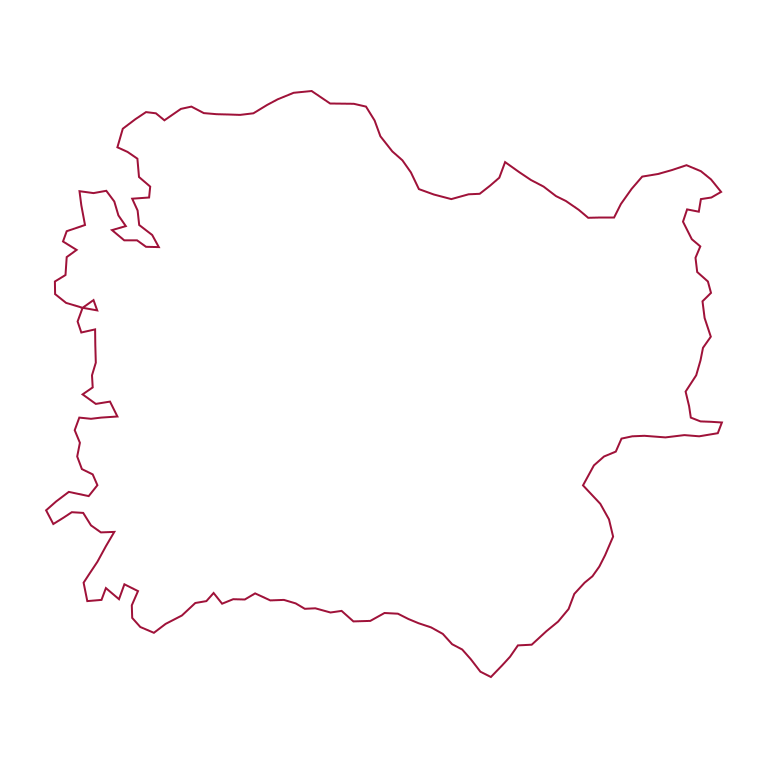 the district of Dois Irmãos das Missões, Rio Grande do Sul, Brazil
{"feature_id": "56859067B898462475096", "entity_name": "Dois Irmãos das Missões", "entity_type": "district", "adm_level": 2, "iso_a3": "BRA", "parent_name": "Brazil", "parent_adm1": "Rio Grande do Sul", "projection": "mercator", "projection_center": [-53.505, -27.678], "detail": "fine", "context": "isolated", "style": "outline", "palette": "rose", "viewbox_px": 768, "rotation_deg": 0, "n_neighbors": 0, "source": "geoboundaries", "source_scale": "gbopen_adm2", "svg_char_len": 2598}
<svg xmlns="http://www.w3.org/2000/svg" viewBox="0 0 768 768"><path d="M686.5,165.2L671.8,170.1L658.0,174.0L642.2,176.6L631.6,188.9L620.9,204.0L614.1,217.5L600.9,217.5L588.2,217.8L578.7,209.8L565.9,201.0L556.0,196.1L543.6,186.6L531.1,180.1L519.3,172.2L505.1,162.1L499.3,177.7L489.8,185.9L479.7,193.8L468.6,194.3L451.3,199.1L433.8,194.5L418.9,189.1L410.9,172.4L402.4,160.3L392.3,151.4L380.4,136.3L374.6,120.5L366.0,106.6L353.8,103.8L330.1,103.5L311.6,91.0L293.6,92.8L277.7,99.3L267.2,104.9L253.4,113.3L240.0,114.9L228.5,114.5L216.7,114.2L203.8,113.1L191.4,106.6L180.9,108.9L164.4,120.3L155.9,113.3L146.0,112.1L135.5,119.1L122.8,128.7L117.4,147.3L127.5,151.9L137.4,158.7L139.0,177.0L150.2,186.6L149.1,197.5L132.2,198.7L137.6,210.5L139.2,225.0L152.2,235.0L158.8,247.1L146.0,246.8L137.0,240.3L124.2,240.3L112.0,230.1L125.8,226.1L118.4,215.4L114.3,201.5L106.3,190.8L93.5,193.1L79.5,191.2L81.3,205.2L85.0,225.0L66.7,231.2L63.0,241.5L76.6,249.9L66.7,257.1L65.5,275.0L54.9,281.5L55.1,294.1L66.1,302.9L82.6,307.8L77.6,321.5L81.3,332.5L95.1,329.4L95.3,344.8L95.8,362.7L92.0,375.3L92.7,387.4L82.6,394.4L95.8,403.9L110.0,401.6L117.4,416.5L101.1,417.6L91.0,418.8L79.3,417.6L74.7,430.2L79.9,442.8L77.2,456.5L81.9,469.1L92.7,474.4L97.4,485.2L88.7,496.1L68.8,491.9L56.2,501.4L46.1,510.3L53.3,524.0L63.0,518.0L71.8,512.2L83.2,512.9L91.0,525.4L100.9,532.4L114.3,531.9L105.9,546.2L97.4,561.8L90.0,572.9L83.6,582.7L87.3,601.1L101.5,599.9L105.9,588.1L119.0,599.2L124.4,584.3L138.0,591.1L131.8,605.3L132.2,617.9L140.3,627.0L153.9,632.8L165.6,623.9L181.9,615.5L195.3,603.0L206.4,601.1L213.6,593.0L222.1,603.7L233.2,599.2L244.8,599.5L255.1,593.4L270.3,600.4L283.9,599.9L295.7,603.4L304.8,608.8L315.3,608.3L330.5,612.5L341.6,610.9L353.4,621.4L370.3,620.9L384.5,613.0L397.9,613.7L408.4,619.0L418.5,623.2L431.1,627.4L442.8,633.9L452.1,644.2L462.2,649.5L470.7,659.1L480.4,671.7L490.9,677.0L502.4,665.1L510.0,656.8L517.9,645.4L531.7,644.7L546.5,631.1L558.1,621.6L568.6,609.0L574.3,593.9L584.6,582.7L592.5,576.2L599.3,566.6L605.1,555.2L613.1,536.6L609.0,519.4L600.3,503.8L583.0,485.4L593.9,465.4L604.0,456.5L615.8,451.6L621.5,438.6L632.3,436.3L644.4,435.8L665.4,437.4L684.4,435.1L699.2,436.3L717.8,433.2L721.9,422.5L711.0,421.8L700.5,421.4L690.8,417.6L689.1,406.2L685.6,391.6L696.2,375.3L700.5,360.4L703.0,347.8L710.8,336.7L704.6,318.0L702.5,301.3L711.0,292.9L707.9,281.5L697.2,272.0L695.5,257.8L700.3,246.4L691.8,239.2L683.0,221.7L687.1,209.4L698.8,211.7L700.9,199.1L711.4,197.5L721.1,191.9L711.0,179.4L700.9,171.2L686.5,165.2ZM82.6,307.8L93.5,300.1L97.2,310.4L82.6,307.8Z" fill="none" stroke="#9f1239" stroke-width="2"/></svg>